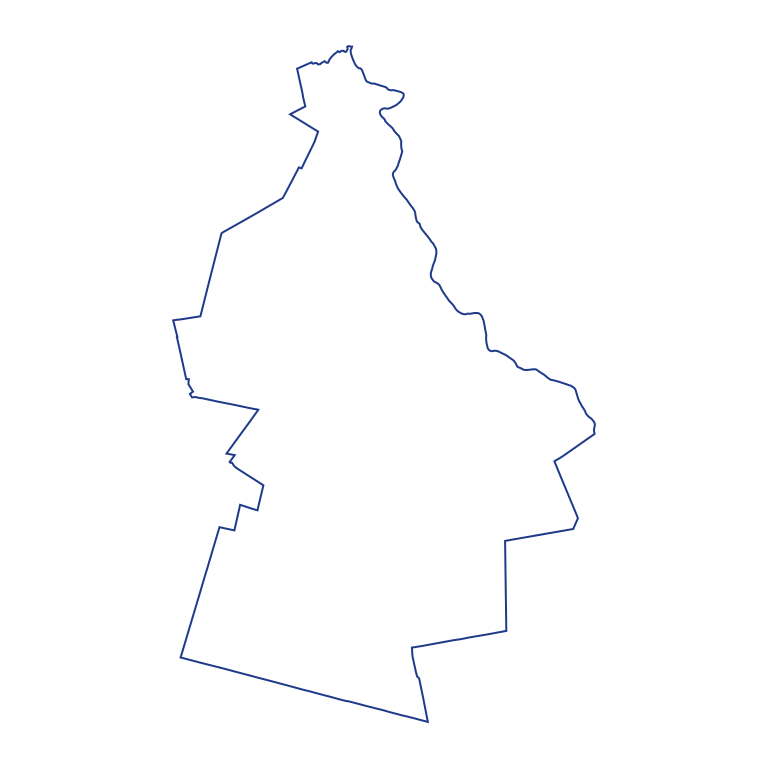 outline of Guerrero, Coahuila, Mexico
{"feature_id": "50627088B28083225707634", "entity_name": "Guerrero", "entity_type": "district", "adm_level": 2, "iso_a3": "MEX", "parent_name": "Mexico", "parent_adm1": "Coahuila", "projection": "natural_earth1", "projection_center": [-100.347, 28.15], "detail": "fine", "context": "isolated", "style": "outline", "palette": "blue", "viewbox_px": 768, "rotation_deg": 0, "n_neighbors": 0, "source": "geoboundaries", "source_scale": "gbopen_adm2", "svg_char_len": 5957}
<svg xmlns="http://www.w3.org/2000/svg" viewBox="0 0 768 768"><path d="M427.8,721.9L426.8,716.6L423.5,699.6L421.9,691.8L420.2,683.7L419.7,681.1L419.1,678.3L417.1,676.5L415.9,671.9L412.5,656.4L411.9,647.6L421.4,646.1L452.4,640.4L461.1,639.1L469.5,637.4L487.9,634.3L506.3,630.9L505.9,599.9L505.8,594.8L505.1,540.9L512.3,539.6L545.0,533.9L572.6,529.1L573.2,529.0L577.9,518.3L577.8,517.9L576.7,515.1L574.1,508.8L560.1,475.2L554.4,461.3L562.2,456.6L563.8,455.5L594.6,433.9L594.3,432.6L594.0,431.0L593.9,430.1L594.0,429.1L594.5,427.2L594.8,425.5L594.8,424.0L594.1,422.0L592.7,420.2L591.2,418.5L589.0,417.0L587.4,415.3L586.3,414.1L586.0,413.4L584.8,410.7L584.2,409.6L583.5,408.4L582.5,407.1L581.3,405.1L580.3,403.0L580.0,402.6L579.7,402.2L579.5,401.9L579.2,401.2L578.1,398.6L577.7,397.1L576.2,392.1L575.6,390.0L574.7,388.5L573.1,387.1L570.9,385.8L567.7,384.7L564.5,383.6L562.0,382.8L558.8,381.7L556.5,381.1L554.1,380.4L551.7,380.0L550.4,379.6L547.7,377.8L545.7,376.0L543.5,374.3L541.1,372.9L536.2,369.5L534.6,369.2L531.1,369.5L528.4,369.9L526.3,370.0L524.2,369.9L523.9,369.8L523.6,369.7L521.0,368.3L519.3,367.6L518.2,367.2L517.8,367.0L517.4,366.7L515.7,363.4L514.4,361.5L513.5,360.4L512.2,359.5L509.3,357.5L506.3,355.4L504.3,354.3L502.5,353.5L501.4,352.9L499.9,352.2L498.4,351.4L497.8,351.2L496.0,350.8L494.9,350.7L493.9,350.8L493.2,351.0L492.3,351.1L491.1,351.1L490.1,350.7L489.2,350.2L488.4,349.3L487.9,348.4L487.7,347.9L487.0,345.1L486.6,343.6L486.1,339.3L486.1,338.2L486.2,336.8L486.3,335.2L486.1,333.9L485.9,332.9L485.1,328.9L484.4,324.7L484.0,323.0L483.8,321.4L483.3,319.9L482.8,318.8L482.4,317.7L482.1,316.7L481.3,315.6L480.2,314.3L479.2,313.6L478.5,313.2L477.0,313.0L475.4,313.0L473.7,313.1L471.2,313.6L470.2,313.7L468.8,313.8L468.0,313.6L467.2,313.7L466.4,314.1L465.1,314.3L463.5,314.1L461.9,313.6L460.7,313.1L458.1,311.4L456.7,310.2L455.0,308.0L454.0,306.1L453.2,305.2L451.7,303.4L449.9,301.6L449.4,301.1L447.8,298.9L446.4,296.8L446.1,296.4L445.8,296.2L445.1,295.0L443.1,292.1L441.5,289.4L440.9,287.9L439.4,285.1L437.8,283.5L436.6,282.8L435.2,282.2L434.1,281.5L433.2,280.5L431.8,278.5L431.2,277.4L430.9,276.1L430.8,274.6L430.8,273.4L431.0,272.5L431.3,271.3L432.2,268.6L432.8,265.9L433.8,263.3L435.0,260.1L435.2,259.0L436.4,253.6L436.3,250.2L435.9,248.7L435.1,247.0L433.1,243.5L432.9,243.1L432.6,242.8L431.7,242.2L429.2,238.4L422.8,230.5L421.3,228.4L420.7,227.5L420.6,227.2L420.3,226.2L419.7,223.9L419.5,223.7L418.8,223.1L417.8,222.4L417.2,221.9L416.9,221.5L416.2,219.2L415.8,217.2L415.5,215.6L415.2,213.0L414.7,211.2L414.0,209.9L413.1,208.6L412.1,207.1L410.5,205.3L410.3,205.0L406.9,200.0L406.3,199.2L404.8,197.6L403.0,195.4L401.3,193.2L399.7,191.0L398.2,188.8L397.4,187.3L396.0,183.9L395.9,183.7L395.1,180.9L395.1,180.7L394.6,179.8L394.3,179.3L393.4,177.0L392.9,175.1L392.9,174.6L392.9,173.8L393.1,173.2L393.3,172.6L393.6,172.1L394.5,171.0L394.6,170.8L395.6,170.1L397.7,166.0L398.0,165.4L398.2,164.7L398.3,164.1L398.3,163.8L399.0,162.0L399.9,159.4L400.5,157.5L401.0,155.7L402.2,151.6L402.2,151.3L402.2,151.2L401.3,147.9L401.3,147.6L401.1,143.5L401.1,143.2L401.2,142.9L401.3,142.3L401.3,141.6L401.1,140.9L401.0,140.4L399.5,137.2L398.9,136.0L398.4,135.4L396.7,133.8L394.2,130.9L393.3,129.4L392.3,127.9L390.4,126.2L389.0,125.0L387.1,123.2L386.3,122.2L385.8,121.8L385.5,121.4L385.2,121.0L384.9,120.0L384.5,119.2L383.4,118.1L382.2,117.1L381.2,115.9L380.3,114.3L379.9,112.9L379.9,111.6L380.3,110.6L381.1,109.7L382.4,108.9L383.5,108.5L384.4,108.3L385.0,108.3L386.6,108.6L388.4,108.6L389.7,108.2L392.0,107.2L394.4,106.0L396.4,105.0L400.5,101.5L402.2,99.1L403.3,97.3L403.6,96.2L403.7,94.5L403.6,94.1L403.4,93.7L402.7,93.1L401.1,92.2L399.3,91.6L396.8,90.9L393.3,90.1L393.0,90.1L391.4,90.3L391.1,90.3L390.0,90.1L389.3,89.9L388.0,89.4L387.5,89.0L386.9,87.9L386.5,87.6L385.4,87.1L384.1,86.6L381.1,85.8L378.2,84.8L375.8,84.1L374.1,83.5L373.5,83.5L373.0,83.5L372.6,83.6L372.1,83.6L371.5,83.5L367.8,82.0L367.4,81.8L366.9,81.5L366.5,81.1L366.1,80.7L365.8,80.1L363.7,74.4L363.0,72.6L362.6,71.8L362.5,71.0L362.4,70.8L361.2,69.1L360.8,68.7L360.4,68.5L360.1,68.3L359.0,68.3L358.7,68.1L358.3,67.9L357.7,67.3L356.8,66.5L356.0,65.6L355.0,64.0L354.4,62.7L353.7,61.1L353.1,59.9L352.7,58.7L351.9,56.7L351.0,53.7L350.7,52.2L350.7,50.2L350.7,49.8L350.8,49.6L351.7,48.0L351.7,47.8L351.8,47.2L352.0,46.7L351.4,46.7L348.7,46.1L347.2,46.8L347.5,47.7L347.6,49.2L346.1,51.8L344.4,51.7L343.7,50.8L341.4,50.8L339.7,52.2L338.3,51.3L337.6,51.3L337.1,52.0L333.9,54.4L331.1,57.4L328.8,60.6L328.7,61.7L327.8,62.8L326.6,62.8L324.7,61.2L322.0,62.6L320.1,64.2L317.9,64.4L317.2,63.4L315.7,62.9L313.1,63.7L312.3,63.4L311.6,62.3L297.1,68.7L302.5,93.4L303.1,97.2L305.3,106.4L303.2,107.5L298.1,110.1L290.1,114.3L318.1,131.6L314.5,141.9L304.3,162.7L301.6,168.4L298.9,167.4L290.1,184.3L282.9,197.9L255.1,214.1L249.8,217.1L223.1,232.2L221.5,233.3L208.5,284.1L203.9,302.4L200.4,316.3L180.7,319.4L179.1,319.6L177.4,319.7L174.8,320.1L173.2,320.4L175.3,328.8L177.4,337.0L176.9,337.1L179.9,350.4L186.2,379.1L188.8,379.1L188.4,384.2L193.0,391.6L189.9,394.0L192.1,397.4L196.2,397.0L197.5,397.6L203.0,398.4L204.3,398.7L212.8,400.5L216.7,401.4L235.1,405.0L236.8,405.4L239.9,406.0L241.1,406.3L242.4,406.5L243.7,406.9L244.4,407.0L245.2,407.1L246.3,407.4L247.2,407.6L250.7,408.3L251.2,408.4L251.8,408.5L252.9,408.7L254.0,409.0L256.7,409.3L258.3,409.8L247.8,424.4L238.1,437.6L226.5,453.6L234.7,455.1L230.2,461.3L229.6,461.9L230.0,462.5L230.8,462.8L232.1,462.8L234.3,466.3L237.3,468.6L263.4,485.3L257.8,508.8L257.7,509.2L257.5,510.3L253.3,509.1L252.6,508.9L240.1,504.8L239.2,509.1L236.6,520.5L234.4,530.4L219.5,527.2L213.4,547.6L207.2,568.6L205.6,573.7L200.1,592.3L180.6,657.5L201.6,663.0L208.7,664.8L221.5,668.0L233.9,671.3L257.7,677.6L259.3,678.0L275.2,682.2L280.0,683.5L284.6,684.7L301.5,689.3L311.1,691.7L315.0,692.8L334.7,698.0L338.6,699.1L346.4,701.1L348.1,701.2L367.5,706.3L384.2,710.5L389.3,712.0L394.7,713.4L402.2,715.4L404.4,715.9L407.5,716.6L427.8,721.9Z" fill="none" stroke="#1e3a8a" stroke-width="2"/></svg>